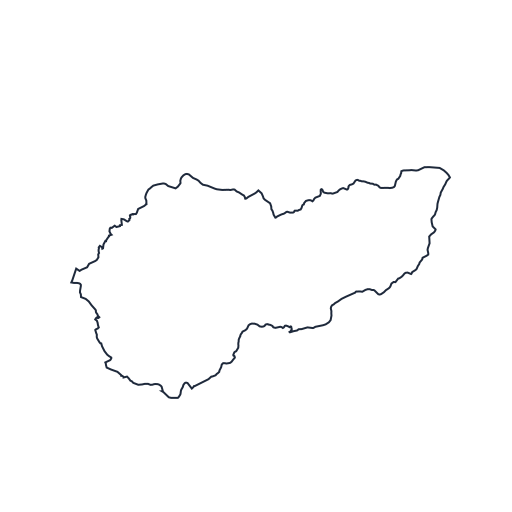 the district of Finis, Bihor, Romania, rotated 214°
{"feature_id": "2599482B59460374460449", "entity_name": "Finis", "entity_type": "district", "adm_level": 2, "iso_a3": "ROU", "parent_name": "Romania", "parent_adm1": "Bihor", "projection": "mercator", "projection_center": [22.253, 46.612], "detail": "fine", "context": "isolated", "style": "outline", "palette": "slate", "viewbox_px": 512, "rotation_deg": 214, "n_neighbors": 0, "source": "geoboundaries", "source_scale": "gbopen_adm2", "svg_char_len": 6114}
<svg xmlns="http://www.w3.org/2000/svg" viewBox="0 0 512 512"><g transform="rotate(214 256 256)"><path d="M139.2,429.6L141.8,430.8L144.5,431.5L148.2,432.0L153.0,431.7L162.0,426.6L166.0,423.8L169.5,417.8L171.0,416.4L175.3,414.1L176.7,412.9L181.7,409.3L182.9,407.6L181.9,405.6L181.8,404.5L181.2,403.1L181.2,399.5L181.8,398.7L181.9,397.9L181.7,396.0L180.1,391.8L180.1,391.2L180.2,390.3L181.1,388.9L183.1,387.1L184.5,386.4L190.5,382.3L191.9,382.0L193.8,382.6L196.4,382.3L197.8,381.3L199.6,381.2L201.9,379.9L203.0,379.8L204.6,379.1L206.9,378.7L208.6,378.0L210.0,377.1L211.5,376.7L212.5,376.1L214.2,376.0L214.7,375.6L215.3,375.0L215.7,374.1L215.7,370.5L216.7,368.8L217.9,367.5L218.2,366.2L218.2,365.4L217.5,364.2L217.3,362.8L217.4,362.3L217.8,361.9L221.6,361.1L222.2,360.5L223.5,358.5L224.1,356.5L224.3,354.6L227.1,350.8L227.8,350.3L229.1,349.9L231.5,348.1L234.8,346.7L236.3,346.8L237.6,347.8L238.4,348.1L239.0,348.1L239.3,347.7L239.4,347.2L238.6,345.8L237.4,344.4L237.0,343.5L236.7,341.5L239.4,337.6L239.7,335.9L239.5,334.1L239.8,332.9L241.1,332.9L242.5,332.5L243.8,331.5L245.4,329.6L245.7,326.9L245.2,325.5L245.6,325.0L245.9,323.9L245.1,321.2L245.0,319.5L246.1,318.2L246.7,316.9L249.2,315.3L249.3,314.9L249.1,314.0L249.2,313.4L249.6,312.7L252.0,311.0L254.8,310.2L255.4,309.6L256.2,307.4L256.8,306.3L257.4,305.7L258.4,304.3L260.5,300.7L261.1,298.8L261.4,298.6L264.5,300.1L266.0,301.5L267.8,302.8L269.4,303.4L271.1,305.6L273.8,307.6L279.9,307.6L281.9,308.0L283.4,309.2L286.4,311.1L290.7,311.7L291.3,308.9L292.0,307.1L295.4,300.7L296.1,298.5L296.6,297.7L297.1,297.5L297.7,298.3L299.8,299.4L301.8,299.2L305.6,299.2L308.1,298.7L310.9,299.1L312.2,298.4L314.1,296.4L315.9,295.5L320.9,291.9L325.8,289.4L327.8,288.8L335.5,287.2L339.9,285.4L342.9,285.6L345.7,286.3L348.0,286.2L351.9,285.5L357.3,286.1L359.2,285.4L360.2,284.5L360.6,283.8L361.3,282.2L361.7,279.4L361.5,278.0L360.8,276.0L359.4,274.3L359.3,273.8L359.6,269.7L360.5,267.1L367.9,264.9L371.0,265.2L372.2,264.9L373.6,264.2L377.5,260.4L380.5,256.9L381.2,254.7L381.7,252.6L382.3,251.1L382.3,250.2L382.0,247.1L381.6,245.3L380.8,243.0L380.0,242.0L377.9,240.6L375.8,237.7L376.2,237.3L376.1,236.9L376.7,234.9L380.0,229.1L379.0,225.2L379.0,223.6L381.5,221.9L381.3,221.6L382.5,220.8L383.1,219.7L382.8,219.4L383.1,219.0L381.6,217.4L381.5,216.4L381.8,215.9L381.0,214.9L381.5,212.9L382.6,212.6L386.0,212.5L388.3,211.5L387.7,210.4L384.6,206.8L386.0,205.4L385.5,204.7L387.9,202.0L390.1,202.1L391.3,198.6L392.1,198.4L392.5,198.0L392.5,196.9L391.3,194.5L388.8,193.0L387.7,192.8L389.3,190.7L388.8,190.1L389.0,189.0L389.0,185.4L388.6,184.5L389.3,184.2L388.9,180.3L387.1,176.8L387.5,176.1L388.6,177.2L391.1,177.1L391.2,175.2L390.6,174.7L389.9,173.0L389.1,171.9L387.8,170.7L387.7,169.1L385.9,166.8L385.8,163.7L386.5,161.9L390.0,156.2L389.7,152.2L393.0,147.1L393.9,145.0L398.0,145.0L394.8,133.5L394.3,130.8L391.8,131.9L389.1,133.7L387.5,134.4L386.2,134.6L385.0,134.1L384.3,132.9L382.6,129.1L381.6,127.4L379.8,126.3L378.1,124.1L373.2,125.2L369.2,124.8L364.8,123.2L359.4,121.8L358.4,121.4L357.6,120.3L356.9,119.7L354.9,119.0L353.6,118.0L351.7,117.6L352.0,116.5L352.4,116.1L353.6,116.0L353.9,114.8L353.8,113.5L351.8,113.4L350.1,112.2L348.4,110.4L346.4,108.8L346.6,108.4L346.6,107.5L347.7,105.7L347.9,104.8L345.6,102.9L344.0,101.8L342.8,99.9L342.3,99.4L341.5,98.8L337.6,97.0L336.2,96.6L335.4,97.0L333.2,95.1L328.4,92.4L324.2,91.0L321.9,90.8L319.2,90.9L318.8,90.4L318.6,88.8L318.8,87.9L321.4,83.5L320.2,82.7L319.5,81.8L317.4,80.0L312.8,80.8L306.1,82.5L301.3,81.9L300.7,81.3L300.0,81.8L298.1,81.8L297.8,81.3L295.5,83.9L293.1,83.4L290.4,82.4L288.9,82.7L286.8,82.2L281.6,83.4L278.6,85.8L276.8,87.7L274.1,89.6L271.4,90.2L269.9,91.4L268.8,92.8L267.7,93.7L265.8,94.8L264.3,95.2L262.4,95.2L261.2,94.9L257.7,91.9L258.4,91.3L256.6,91.4L249.3,90.1L247.1,90.9L241.7,94.5L241.4,94.8L241.2,96.2L241.3,98.8L241.5,99.5L242.8,102.1L243.2,103.4L243.4,106.3L244.1,108.6L244.0,110.6L243.7,111.4L243.0,112.0L241.7,112.4L235.1,110.2L234.6,112.4L234.7,113.4L234.0,114.0L226.5,127.3L225.6,131.0L224.7,131.8L222.8,134.5L222.6,136.4L222.2,137.2L221.7,139.3L222.3,140.8L222.7,144.3L223.7,146.9L223.3,148.8L221.9,149.7L220.4,150.3L218.4,152.2L217.6,153.1L217.1,154.8L217.0,157.3L216.7,159.8L216.9,160.2L218.0,161.0L218.9,160.8L219.5,161.2L220.1,164.0L219.8,165.0L219.3,165.7L219.2,166.2L219.4,170.0L220.6,172.1L221.4,173.0L222.2,174.4L222.4,175.1L223.5,176.9L223.9,178.4L224.2,180.8L224.5,181.2L224.8,182.5L224.7,184.6L224.9,185.7L223.3,188.6L222.8,190.7L223.4,194.4L222.8,196.1L221.7,197.6L219.3,199.1L216.4,199.9L213.6,199.7L211.8,200.5L210.8,201.3L210.0,202.4L209.7,203.5L209.8,204.3L209.3,205.1L208.1,206.1L207.4,206.1L205.6,206.9L203.2,207.2L202.2,206.7L201.6,206.6L199.7,207.3L196.3,210.9L194.9,211.4L193.5,211.3L193.0,212.4L193.0,214.3L192.2,215.1L190.3,215.6L188.3,215.8L188.0,216.9L187.4,217.1L186.9,216.8L186.8,216.4L185.7,215.6L185.1,214.7L185.4,214.0L185.1,213.3L185.7,211.8L185.2,211.7L182.7,214.8L180.6,216.9L180.2,217.4L179.7,219.1L177.3,220.9L173.4,225.6L168.5,228.1L168.1,228.6L167.2,230.5L161.7,236.1L160.0,238.3L158.5,241.8L158.3,244.6L160.1,248.8L161.5,250.6L162.7,252.5L164.7,254.4L165.3,255.9L165.4,257.6L164.5,259.4L164.1,261.2L162.6,264.2L161.1,268.3L158.7,272.5L153.3,281.1L153.3,282.1L153.0,282.6L149.9,284.8L147.9,285.8L146.3,289.1L144.8,291.0L143.1,292.1L141.0,292.6L139.4,293.6L138.5,293.7L133.2,292.7L131.9,293.2L131.0,294.3L129.7,297.5L129.2,300.3L127.9,303.4L127.6,304.7L127.6,305.9L128.3,308.9L127.4,311.4L125.8,312.3L125.5,316.8L124.7,317.7L123.7,320.1L123.3,322.0L123.1,324.4L122.6,325.7L121.1,327.0L117.3,327.8L117.2,328.3L117.5,330.0L115.9,333.6L115.6,335.1L116.2,338.1L116.2,340.6L116.7,342.1L116.3,346.0L116.9,347.7L114.7,351.6L114.0,353.5L114.7,354.6L117.2,357.0L117.9,358.6L119.2,363.6L123.3,369.0L122.9,371.9L121.7,375.0L121.6,376.0L121.6,377.3L122.0,378.5L126.1,379.3L129.2,382.2L131.2,384.7L131.3,385.6L131.1,388.1L130.8,389.5L130.9,390.8L131.6,392.8L131.9,395.1L132.8,397.4L134.7,400.7L135.3,402.3L137.0,407.5L137.3,409.7L138.3,411.9L138.7,416.2L139.1,418.0L139.2,421.2L139.8,424.5L139.7,425.9L139.2,428.7L139.2,429.6Z" fill="none" stroke="#1e293b" stroke-width="2"/></g></svg>